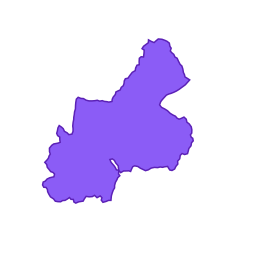 outline of Quatis, Rio de Janeiro, Brazil, rotated 202°
{"feature_id": "56859067B6635113522171", "entity_name": "Quatis", "entity_type": "district", "adm_level": 2, "iso_a3": "BRA", "parent_name": "Brazil", "parent_adm1": "Rio de Janeiro", "projection": "robinson", "projection_center": [-44.235, -22.362], "detail": "fine", "context": "isolated", "style": "filled", "palette": "violet", "viewbox_px": 256, "rotation_deg": 202, "n_neighbors": 0, "source": "geoboundaries", "source_scale": "gbopen_adm2", "svg_char_len": 2941}
<svg xmlns="http://www.w3.org/2000/svg" viewBox="0 0 256 256"><g transform="rotate(202 128 128)"><path d="M116.7,54.5L118.0,58.9L118.3,62.0L118.4,64.9L118.0,67.4L118.9,69.7L119.3,72.9L118.9,75.8L118.9,78.1L117.7,80.7L119.5,81.8L120.7,85.3L118.0,83.9L116.0,86.5L113.1,87.7L111.2,88.6L109.3,88.7L109.3,91.6L109.1,93.9L107.7,95.4L104.4,96.0L101.3,95.3L98.7,95.2L95.8,95.0L93.5,96.8L91.5,99.5L88.7,101.4L85.6,102.4L83.6,103.9L81.2,104.5L79.6,105.7L76.9,107.2L75.1,105.8L73.5,104.7L71.3,105.1L69.4,107.4L69.2,110.4L68.3,113.2L69.6,115.9L68.5,118.8L69.3,122.2L68.3,124.6L65.6,124.6L63.2,126.5L63.5,129.2L63.9,131.8L62.9,135.1L63.6,138.1L62.7,140.5L64.1,142.7L66.0,143.2L67.6,145.0L67.0,147.1L68.1,150.2L69.8,152.8L72.7,154.7L75.6,155.5L77.3,158.0L80.2,159.1L82.4,156.7L84.0,155.3L86.2,155.5L88.4,156.7L91.4,156.9L94.4,157.4L97.8,158.8L101.1,159.4L104.7,159.7L107.4,161.3L107.5,164.7L106.9,166.9L106.1,169.2L104.7,172.9L102.9,174.8L101.1,176.2L98.9,178.3L96.9,180.5L95.0,183.1L93.1,186.2L91.0,189.6L89.8,193.0L88.8,195.7L91.2,196.2L94.3,196.7L95.7,198.7L97.4,200.2L99.3,203.3L101.3,205.7L103.5,206.5L106.3,208.9L108.6,211.1L111.1,211.4L113.1,213.4L115.6,214.2L117.6,215.2L117.9,218.2L119.7,219.4L121.5,222.2L124.3,223.0L126.6,223.1L129.7,223.0L133.3,221.9L134.6,219.5L135.8,217.0L138.9,217.0L142.0,217.4L141.1,214.7L142.3,212.7L144.2,209.6L144.7,206.8L142.2,206.3L141.2,203.4L140.2,199.7L142.5,199.0L143.6,196.9L142.5,193.6L141.3,190.9L143.2,189.6L143.4,186.5L142.8,183.9L144.9,181.2L146.0,177.3L146.7,174.2L148.9,172.7L149.1,170.2L148.4,168.0L148.2,165.5L149.5,163.1L149.5,160.3L151.3,158.5L152.7,156.9L152.3,154.4L153.3,151.1L153.4,148.8L152.8,146.6L155.5,144.8L157.5,144.5L159.9,143.8L162.1,143.7L164.3,142.3L166.9,142.2L168.8,141.0L171.6,139.6L174.4,138.5L177.3,138.1L180.3,138.6L182.8,137.8L185.7,137.8L186.7,135.4L186.0,132.2L185.1,129.3L183.9,126.0L183.6,122.9L182.9,120.5L182.3,117.7L181.5,115.4L181.0,112.7L180.0,109.2L178.7,106.8L177.7,104.3L177.7,101.3L180.4,99.7L182.5,100.7L185.7,101.1L187.8,103.1L189.9,103.9L192.7,104.5L193.0,101.9L192.4,98.9L192.1,96.3L190.4,94.6L187.9,94.0L186.7,91.3L185.5,89.4L186.9,88.0L188.7,86.8L190.9,85.4L192.2,83.4L193.3,79.9L191.9,76.6L190.3,74.7L190.7,72.5L190.5,70.1L191.2,67.8L192.3,65.0L189.7,63.7L188.1,61.3L185.7,60.0L183.3,58.6L180.8,58.7L178.9,57.8L178.4,55.0L180.2,53.8L182.0,52.5L183.9,50.4L184.8,47.8L186.4,46.1L185.9,43.2L183.9,41.5L181.7,42.2L179.7,40.8L178.6,38.8L176.6,37.0L174.1,35.1L170.5,34.4L168.0,32.9L165.5,33.4L162.8,34.4L161.5,36.2L159.3,37.3L157.7,39.3L156.2,41.6L154.2,40.5L151.9,41.3L150.4,39.1L148.3,38.8L146.0,41.1L144.0,42.3L142.2,43.4L141.9,46.0L141.2,48.9L138.3,49.6L135.4,51.0L133.8,53.0L130.6,51.8L128.3,54.6L126.1,53.6L125.8,51.1L123.4,49.7L120.9,51.6L118.9,53.6L116.7,54.5ZM120.7,85.3L123.1,84.9L125.1,86.7L126.8,87.8L128.8,88.8L130.8,89.8L133.0,92.0L130.9,93.5L128.5,92.9L126.3,91.0L123.0,89.3L120.7,85.3Z" fill="#8b5cf6" stroke="#5b21b6" stroke-width="1.5"/></g></svg>